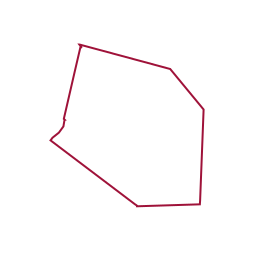 the district of Piton Flore, Castries, Saint Lucia, rotated 163°
{"feature_id": "8701671B72718235306176", "entity_name": "Piton Flore", "entity_type": "district", "adm_level": 2, "iso_a3": "LCA", "parent_name": "Saint Lucia", "parent_adm1": "Castries", "projection": "robinson", "projection_center": [-60.943, 13.965], "detail": "fine", "context": "isolated", "style": "outline", "palette": "rose", "viewbox_px": 256, "rotation_deg": 163, "n_neighbors": 0, "source": "geoboundaries", "source_scale": "gbopen_adm2", "svg_char_len": 463}
<svg xmlns="http://www.w3.org/2000/svg" viewBox="0 0 256 256"><g transform="rotate(163 128 128)"><path d="M205.7,138.8L143.7,53.1L143.0,52.3L142.0,50.9L142.2,50.5L141.9,50.4L81.6,34.0L80.3,37.4L79.6,39.4L50.7,122.4L50.3,123.6L70.4,172.1L70.6,172.2L149.8,221.9L150.1,222.0L148.7,218.3L149.8,219.3L151.2,216.9L162.0,198.3L186.7,155.5L186.0,154.2L186.4,154.2L189.3,148.4L195.4,143.8L203.0,140.8L205.7,138.8Z" fill="none" stroke="#9f1239" stroke-width="2"/></g></svg>